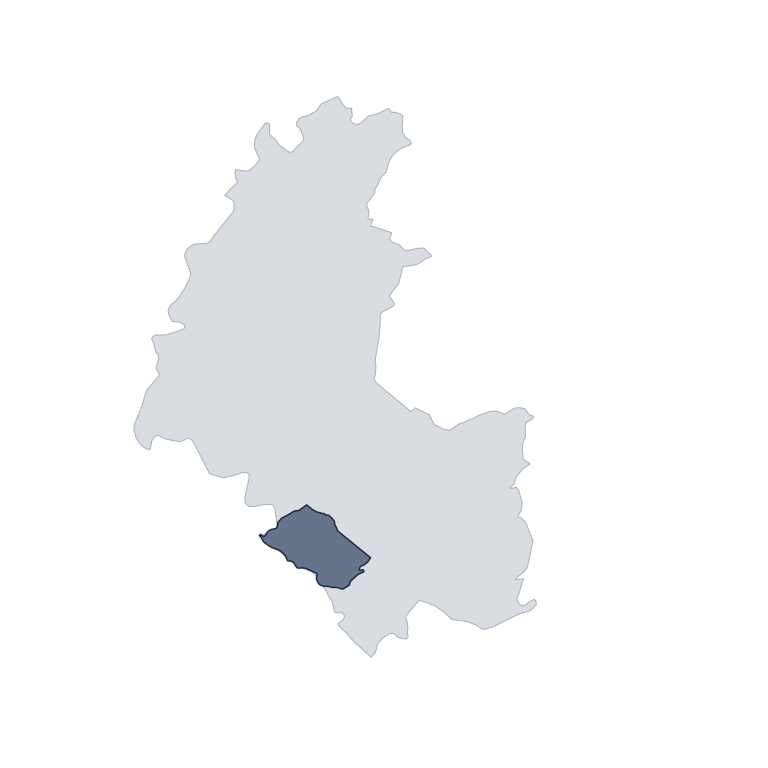 location of Mali within Guinea, rotated 220°
{"feature_id": "GIN-5652", "entity_name": "Mali", "entity_type": "Prefecture", "adm_level": 1, "iso_a3": "GIN", "parent_name": "Guinea", "parent_adm1": "", "projection": "robinson", "projection_center": [-12.225, 12.042], "detail": "fine", "context": "in_parent", "style": "filled", "palette": "slate", "viewbox_px": 768, "rotation_deg": 220, "n_neighbors": 0, "source": "natural_earth", "source_scale": "10m", "svg_char_len": 5141}
<svg xmlns="http://www.w3.org/2000/svg" viewBox="0 0 768 768"><g transform="rotate(220 384 384)"><path d="M459.8,500.4L454.4,499.6L452.0,500.8L444.9,510.2L440.6,513.9L433.9,512.8L431.5,513.5L429.7,512.4L432.2,507.2L435.6,496.8L444.4,486.5L444.6,484.3L441.0,478.2L437.2,469.9L437.2,461.1L436.4,454.6L428.6,452.8L427.2,451.8L427.0,449.6L431.4,438.5L431.7,436.3L431.2,434.3L426.4,428.6L418.9,418.2L406.1,396.6L401.3,392.1L396.7,385.6L395.0,381.4L390.2,379.9L345.5,380.2L344.7,385.8L329.3,389.5L319.8,385.2L309.3,387.7L304.1,390.6L300.2,403.1L297.9,405.8L295.7,411.5L293.6,414.5L291.3,420.7L286.3,429.6L281.0,435.3L272.0,438.4L269.2,447.6L267.2,451.1L263.7,453.8L260.0,455.6L252.7,453.8L248.6,455.4L247.9,453.1L250.2,445.8L248.4,441.9L241.4,434.3L240.7,430.6L238.5,425.8L229.3,416.0L220.7,416.6L223.1,408.4L223.0,397.4L220.0,391.5L220.8,385.4L219.2,385.8L216.3,390.0L211.7,388.6L202.2,382.1L197.5,375.8L197.0,370.4L195.9,368.3L193.0,369.5L187.1,369.3L169.2,359.8L156.4,335.8L156.1,330.3L158.0,321.0L157.6,318.5L151.7,324.7L150.6,320.5L146.1,310.9L144.8,305.3L140.5,302.8L137.1,302.4L134.4,304.2L130.8,315.5L128.2,315.5L125.5,313.0L126.1,304.6L133.0,294.1L144.7,267.5L148.8,261.4L151.4,259.3L156.9,259.0L167.6,255.5L180.7,247.2L190.7,247.9L202.5,246.8L218.0,241.2L218.2,223.3L217.7,219.3L212.2,215.8L209.0,212.7L206.3,208.7L202.9,205.9L203.0,202.9L209.9,199.1L216.2,199.2L218.2,197.7L219.8,195.2L221.6,188.7L222.2,181.9L218.1,172.8L218.3,166.4L241.0,167.3L253.4,169.1L263.5,169.6L265.1,171.0L263.7,177.3L265.0,181.0L268.5,182.0L274.2,177.6L277.1,178.6L283.5,184.1L289.4,185.6L295.8,188.5L301.9,190.1L307.3,189.9L311.3,193.0L318.9,193.9L328.6,190.1L336.3,188.4L347.1,187.9L352.7,189.2L369.1,186.1L382.0,187.8L380.0,190.0L374.1,204.3L374.8,206.8L387.9,218.9L391.0,219.8L394.6,218.1L400.2,212.5L404.6,206.5L408.9,203.5L413.9,203.7L417.9,208.0L427.2,225.9L429.6,228.2L431.8,228.1L435.9,224.8L438.0,220.9L446.6,209.0L460.0,203.1L491.8,216.7L496.4,217.7L499.2,216.7L503.1,208.7L515.1,201.9L520.8,200.0L524.1,199.7L525.3,197.5L525.9,194.3L525.3,190.9L521.6,184.8L521.4,183.0L523.5,181.9L528.1,181.0L534.0,181.6L540.7,184.2L546.1,188.0L549.2,192.5L555.2,211.4L561.9,226.3L561.7,246.2L564.7,248.2L568.0,249.0L569.5,250.6L572.8,258.8L575.8,261.2L579.5,261.7L586.4,267.0L590.8,269.0L591.5,270.6L591.3,272.8L589.6,275.5L583.0,281.0L579.7,285.7L573.0,297.0L572.8,299.1L574.2,300.6L577.0,300.9L580.0,300.1L586.2,296.0L591.1,297.5L595.9,300.6L597.6,303.9L598.1,308.1L597.0,313.7L596.9,319.8L598.5,330.4L601.0,340.8L603.4,344.7L619.2,353.9L620.7,357.4L621.5,361.3L620.4,366.6L618.8,369.6L610.2,377.8L608.9,381.7L609.6,389.0L610.3,419.8L613.7,425.0L617.8,427.6L627.2,426.2L627.0,434.7L625.7,444.3L631.2,447.3L634.0,450.2L635.6,452.9L626.9,458.0L624.3,461.0L623.2,469.0L623.5,476.4L635.2,481.6L639.8,487.8L641.8,494.3L642.5,506.4L641.5,509.2L638.4,509.2L632.5,501.8L623.4,501.0L616.6,499.6L605.4,500.6L603.5,502.8L602.2,518.9L604.9,521.6L610.3,524.6L613.8,525.9L616.7,525.6L619.0,527.6L619.5,532.9L618.0,536.7L615.0,540.4L611.3,549.7L612.1,558.2L605.8,571.8L604.0,574.5L595.6,571.8L590.1,570.9L586.1,574.3L580.6,569.0L579.6,564.9L577.6,564.0L573.9,564.0L570.5,566.3L569.0,570.6L568.3,579.3L562.2,587.6L557.8,597.9L552.8,597.0L551.7,598.2L546.4,600.9L541.8,601.6L540.6,598.9L537.9,596.7L535.0,592.3L531.6,588.7L525.1,586.3L522.6,587.4L519.5,587.1L517.5,585.7L517.8,583.6L521.1,578.2L523.1,573.3L524.1,567.9L524.1,562.7L522.3,555.5L519.4,549.7L518.6,546.4L519.0,541.7L518.3,537.3L517.3,535.0L516.0,526.6L514.2,525.1L513.3,518.4L513.5,511.5L511.0,508.9L507.1,507.0L504.8,504.3L503.3,501.3L501.9,500.5L500.7,500.7L499.6,502.5L498.3,502.9L496.0,496.5L495.0,496.2L493.4,497.7L475.2,504.8L472.9,498.8L469.4,497.7L463.3,500.1L459.8,500.4Z" fill="#d9dde1" stroke="#a8b0b8" stroke-width="1"/><path d="M373.2,185.7L375.5,185.9L380.1,187.8L382.0,187.9L382.0,189.4L380.7,189.6L379.0,189.6L377.9,190.2L377.6,192.0L378.1,195.2L378.1,197.0L376.8,200.2L374.8,202.5L373.7,204.8L375.0,208.0L376.3,209.4L376.1,215.6L373.0,223.0L371.1,229.0L367.9,232.4L366.3,238.6L365.4,241.7L357.4,241.9L352.8,242.9L350.3,244.3L347.5,245.3L346.8,246.1L345.5,246.4L344.1,246.2L342.3,247.8L337.5,247.7L333.9,247.0L331.6,244.8L327.4,243.1L325.3,241.7L317.1,241.8L304.2,242.0L282.7,242.3L282.2,238.9L282.2,237.0L282.8,233.2L284.5,229.6L284.6,229.2L284.7,228.7L284.6,228.1L284.2,227.2L283.7,226.4L283.5,226.0L283.2,225.9L282.7,225.9L282.3,226.1L281.9,226.5L281.3,227.7L280.9,228.1L280.6,228.2L280.2,228.2L279.6,228.0L279.2,227.8L278.9,227.4L278.9,226.8L281.3,221.9L281.6,220.7L282.8,212.1L282.8,211.5L282.7,211.0L282.3,209.7L281.4,207.8L281.5,207.0L283.4,201.0L284.0,200.3L284.9,199.6L288.6,198.2L289.3,197.8L290.1,197.3L291.1,196.3L293.3,194.7L296.6,193.1L298.8,191.4L299.3,191.1L301.4,189.8L302.8,189.2L303.9,189.0L305.1,189.0L306.6,189.4L309.6,190.7L310.9,191.7L312.9,195.1L314.0,195.7L325.8,192.3L328.4,190.7L330.7,188.3L332.0,187.6L333.7,187.5L337.9,189.1L339.4,189.3L340.4,189.1L343.0,187.4L343.8,186.8L344.1,186.7L344.6,186.7L344.7,186.8L344.8,186.9L349.0,188.9L350.5,189.3L356.2,189.5L358.8,189.0L364.2,186.8L367.1,186.2L373.2,185.7Z" fill="#64748b" stroke="#1e293b" stroke-width="1.5"/></g></svg>